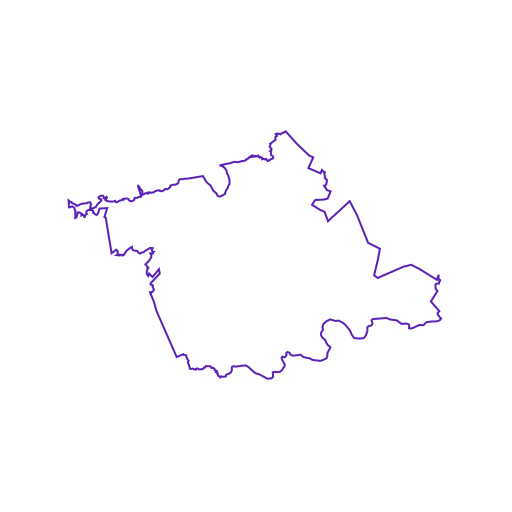 Santa María del Oro, Nayarit, Mexico (Natural Earth projection), rotated 108°
{"feature_id": "50627088B16887744460573", "entity_name": "Santa María del Oro", "entity_type": "district", "adm_level": 2, "iso_a3": "MEX", "parent_name": "Mexico", "parent_adm1": "Nayarit", "projection": "natural_earth1", "projection_center": [-104.593, 21.347], "detail": "fine", "context": "isolated", "style": "outline", "palette": "violet", "viewbox_px": 512, "rotation_deg": 108, "n_neighbors": 0, "source": "geoboundaries", "source_scale": "gbopen_adm2", "svg_char_len": 6116}
<svg xmlns="http://www.w3.org/2000/svg" viewBox="0 0 512 512"><g transform="rotate(108 256 256)"><path d="M295.3,381.8L292.0,381.1L290.4,380.4L286.5,377.7L285.7,376.8L287.2,376.2L288.3,375.0L288.5,373.4L287.9,370.6L289.4,368.4L289.6,367.2L288.6,366.4L287.0,364.0L285.2,362.9L281.1,359.3L280.5,356.7L282.6,357.1L283.6,355.8L283.6,354.6L284.7,355.4L285.4,354.8L286.2,357.3L287.3,355.8L289.9,355.2L294.6,356.7L298.1,358.6L300.5,354.8L301.3,355.5L302.1,355.0L303.7,355.2L307.0,354.3L308.3,352.3L305.7,352.2L308.0,348.0L298.6,344.2L302.5,342.1L314.5,347.8L315.9,347.3L315.5,345.9L315.9,344.9L317.5,344.7L319.5,342.6L322.2,343.4L322.6,344.3L323.1,344.3L323.3,345.5L331.3,338.8L339.0,333.7L376.6,300.2L371.8,294.7L372.4,294.0L372.0,291.7L373.7,291.0L376.6,287.7L378.2,288.0L381.4,285.3L383.6,284.1L383.3,282.4L382.6,281.5L382.9,279.7L382.6,278.2L382.1,278.5L381.1,277.3L381.4,275.0L380.3,272.3L379.3,271.1L378.4,271.1L377.7,270.0L376.4,269.9L374.9,265.3L376.3,263.7L375.7,262.5L375.7,261.7L376.1,260.6L377.2,260.2L377.4,257.7L378.1,257.7L378.4,258.4L378.9,258.4L379.1,256.3L379.6,256.1L380.1,256.3L381.3,255.1L381.8,254.5L381.7,253.6L382.5,252.5L381.2,251.9L381.2,250.5L379.9,247.5L377.9,247.6L376.7,245.7L374.5,243.9L371.9,243.7L369.6,244.6L368.5,244.3L367.7,243.1L367.7,241.9L367.0,240.1L363.8,233.6L363.3,231.8L363.9,228.9L366.3,223.8L367.7,220.2L367.5,216.2L369.2,207.2L367.6,203.5L365.5,202.4L361.5,204.1L360.6,203.2L359.6,198.9L358.8,197.6L356.0,195.7L354.1,195.5L352.5,194.8L350.5,195.0L345.9,199.7L344.6,200.2L343.4,199.5L343.7,197.6L342.0,196.6L340.6,196.4L339.0,197.3L337.6,196.5L337.6,194.3L339.2,192.6L339.4,190.6L339.0,189.1L336.1,183.0L337.3,180.2L337.3,176.9L336.7,173.4L337.3,170.9L337.2,169.1L335.8,162.3L334.5,160.5L331.5,157.4L329.5,157.2L326.1,158.1L319.8,157.0L319.3,157.6L319.0,159.2L318.4,160.3L317.1,162.0L314.5,164.2L313.0,167.8L311.2,169.8L309.7,170.2L308.4,170.3L305.1,169.5L303.0,170.9L299.6,170.8L296.8,169.2L293.6,166.2L293.3,165.7L293.3,160.8L291.9,157.3L292.7,152.6L293.8,149.9L296.8,145.1L299.1,142.4L300.9,141.0L303.4,137.8L303.7,136.7L302.3,131.5L301.2,128.8L300.6,128.1L299.0,127.3L293.6,126.7L289.3,128.1L287.9,127.2L286.2,124.6L284.0,124.4L281.4,126.3L279.9,125.4L274.7,112.9L274.9,108.5L273.7,102.2L275.6,96.8L273.8,91.9L273.8,89.9L274.1,89.3L274.9,88.8L277.4,88.2L277.5,87.4L276.3,85.0L271.1,79.3L270.3,76.0L269.8,75.2L267.1,74.0L266.2,73.3L264.1,68.9L262.4,64.2L261.5,62.8L260.3,61.4L258.3,60.6L257.2,62.7L255.3,65.2L253.9,65.6L251.8,64.6L245.2,75.6L233.2,72.6L231.6,75.0L228.1,76.4L227.4,76.4L226.6,75.9L225.6,73.5L223.4,74.0L223.2,73.4L222.1,73.4L220.8,75.8L219.1,75.9L218.6,76.2L217.4,76.5L222.8,76.6L217.8,96.7L216.4,105.8L219.6,110.5L219.8,111.5L239.3,133.5L237.9,137.7L221.2,139.0L210.8,140.4L208.8,153.5L186.1,172.4L174.9,183.8L191.1,192.9L191.1,193.1L193.3,194.0L195.1,195.3L200.7,198.3L192.7,204.4L192.4,209.1L190.0,218.5L185.3,217.4L183.8,216.1L183.9,215.5L181.3,208.8L179.2,205.6L171.5,205.0L171.4,208.9L169.1,211.6L168.9,212.4L168.1,213.0L167.8,211.9L167.5,211.7L166.2,211.4L163.5,211.6L161.6,212.2L161.1,213.9L160.6,214.0L159.8,215.1L158.8,215.1L156.2,216.7L155.2,216.3L154.8,216.9L155.0,218.0L153.8,219.9L157.4,220.2L156.2,233.3L144.5,232.0L144.0,236.7L136.4,252.3L128.4,266.1L128.7,266.2L129.3,267.3L130.2,267.7L130.7,269.1L132.6,270.2L132.4,271.1L133.0,272.5L132.9,273.7L134.0,274.9L135.2,273.1L136.9,274.4L139.5,273.3L144.8,277.2L145.1,276.7L147.9,276.7L149.3,274.3L151.6,274.9L151.3,274.0L155.2,273.1L155.9,270.8L156.6,270.6L157.2,269.9L157.9,270.0L159.6,272.1L160.9,272.7L161.0,273.4L162.0,274.0L162.1,274.5L160.5,276.3L161.4,277.3L161.2,278.8L162.1,280.0L160.9,280.6L160.5,282.6L161.3,282.9L161.2,283.3L159.9,284.9L160.9,285.3L160.9,287.3L161.5,288.5L161.9,288.1L162.7,289.9L161.5,290.2L161.9,291.3L162.7,291.8L163.6,291.7L164.2,293.1L165.0,293.5L165.4,293.3L166.8,294.4L167.1,295.3L167.7,295.1L168.6,295.8L169.9,298.0L170.0,298.7L172.4,302.1L173.2,305.9L175.5,308.9L181.1,318.7L180.9,316.3L181.2,314.8L182.2,312.5L184.4,310.1L186.3,309.2L187.5,307.7L192.0,304.6L195.9,303.4L198.0,304.1L199.9,303.8L202.5,304.7L205.8,304.9L206.5,304.6L210.4,308.2L210.9,309.5L210.5,311.4L208.8,312.7L207.2,316.6L203.0,321.1L201.1,325.8L196.4,331.2L203.2,344.2L204.8,348.3L205.7,349.6L206.4,352.0L207.7,352.7L211.0,352.6L213.2,354.8L213.5,356.3L215.4,359.1L216.1,359.2L217.1,358.9L219.9,360.8L220.3,363.2L221.6,363.6L223.6,365.6L223.5,366.2L223.9,367.4L223.4,367.9L223.8,369.5L225.5,371.9L227.0,372.9L228.5,375.8L228.2,376.6L228.8,377.9L229.1,378.4L229.8,377.7L230.1,377.9L230.3,380.4L232.1,381.7L232.9,382.9L229.6,384.0L228.4,385.6L228.2,386.5L226.7,388.0L226.5,388.9L225.8,389.1L225.7,389.7L226.9,389.3L232.3,385.2L235.1,383.6L236.5,386.3L237.5,387.1L238.1,389.2L238.9,389.5L239.9,389.1L240.9,389.5L242.5,391.6L242.5,393.4L241.9,394.5L241.3,394.7L241.1,396.4L242.5,399.5L243.3,399.2L243.6,400.0L243.4,400.6L244.4,400.9L245.2,402.5L247.9,405.0L248.2,405.9L247.1,407.0L248.5,408.8L249.4,412.0L249.8,415.3L249.3,416.4L246.5,415.7L246.0,416.4L247.0,417.2L248.3,417.4L247.9,418.8L246.5,419.4L245.9,420.2L246.5,421.8L247.4,423.0L247.8,423.0L248.8,423.9L249.9,423.1L250.0,420.5L251.0,420.1L255.6,422.7L259.0,423.5L261.0,425.8L261.9,428.5L261.0,428.4L260.3,428.9L257.4,429.0L256.2,430.5L256.6,431.0L256.8,432.2L257.9,432.9L259.9,437.4L261.3,439.3L263.8,441.8L263.5,442.8L262.9,443.1L262.4,447.9L261.8,448.1L262.0,450.3L261.4,450.4L261.0,451.4L267.5,448.9L267.1,447.7L266.0,446.9L265.6,446.1L266.3,443.6L268.7,442.2L269.3,441.3L271.7,441.1L273.5,440.1L275.7,439.7L275.2,439.0L273.9,438.7L272.9,439.1L271.8,438.7L270.2,439.0L269.3,438.4L269.4,437.7L269.1,437.2L269.7,435.1L271.3,434.6L270.1,433.6L271.0,432.0L272.0,431.3L271.8,430.9L270.9,431.4L269.9,431.1L268.4,429.9L267.4,430.7L266.0,431.1L264.1,429.8L263.5,428.5L263.8,428.1L262.9,426.7L263.5,424.8L265.3,424.2L265.2,423.3L266.0,422.1L266.2,420.2L264.5,419.5L259.2,419.4L256.4,412.3L265.8,412.2L265.9,410.8L298.0,394.2L293.2,390.8L294.3,388.9L297.5,388.1L298.2,388.7L297.6,385.9L297.0,386.1L296.6,384.7L296.5,383.5L296.8,383.2L296.5,382.7L296.0,382.9L295.9,382.2L295.3,381.8Z" fill="none" stroke="#5b21b6" stroke-width="2"/></g></svg>